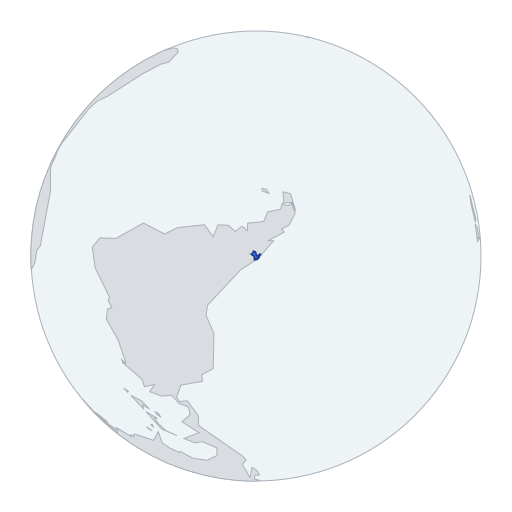 Bío-Bío highlighted on a globe, orthographic projection, rotated 217°
{"feature_id": "CHL-2702", "entity_name": "Bío-Bío", "entity_type": "Region", "adm_level": 1, "iso_a3": "CHL", "parent_name": "Chile", "parent_adm1": "", "projection": "orthographic", "projection_center": [-72.611, -37.461], "detail": "fine", "context": "on_globe", "style": "filled", "palette": "blue", "viewbox_px": 512, "rotation_deg": 217, "n_neighbors": 0, "source": "natural_earth", "source_scale": "10m", "svg_char_len": 5233}
<svg xmlns="http://www.w3.org/2000/svg" viewBox="0 0 512 512"><g transform="rotate(217 256 256)"><circle cx="256" cy="256" r="225" fill="#eef3f6" stroke="#a8b0b8"/><path d="M235.9,31.6L238.1,31.5L241.2,31.2L258.6,30.7L276.0,31.6L293.3,33.8L287.4,33.0L271.6,31.4L260.1,31.9L275.3,31.9L278.1,33.0L281.8,33.6L286.2,34.0L288.2,33.8L290.7,34.6L276.6,34.3L274.1,33.6L278.6,33.5L271.2,33.0L261.6,33.8L263.8,34.9L247.2,36.7L248.5,37.6L245.6,38.9L244.6,37.1L246.0,40.7L226.8,47.2L228.4,57.0L218.4,50.2L209.7,50.7L199.1,52.9L199.1,54.3L185.1,56.4L172.2,63.3L167.1,73.2L171.7,79.2L187.3,75.4L192.2,70.0L203.7,66.9L195.1,80.6L215.3,79.1L213.1,89.7L218.9,94.6L229.1,92.0L239.6,94.0L247.1,87.3L259.3,83.7L259.6,92.5L266.3,84.5L273.1,88.9L297.2,90.5L295.4,92.3L315.7,106.0L337.6,115.6L342.7,124.2L340.1,128.2L347.6,131.6L347.7,134.7L377.3,149.7L392.1,164.6L391.4,176.6L378.5,185.7L365.7,214.6L342.2,218.6L335.5,231.7L315.9,250.0L301.8,245.5L305.1,258.0L296.7,263.9L287.3,263.1L285.1,271.5L278.2,271.0L282.4,277.3L270.6,288.1L273.3,298.3L264.6,307.9L266.7,314.1L263.6,313.8L260.2,316.0L259.7,319.5L250.4,313.6L248.2,299.9L251.9,293.1L247.8,292.1L255.7,275.3L251.1,278.7L252.9,254.8L259.9,236.2L265.1,187.6L260.3,178.6L243.1,168.9L222.4,140.4L228.0,128.5L223.4,123.7L238.3,107.7L234.4,95.2L229.1,93.9L223.8,99.0L205.9,93.7L199.7,86.0L146.2,88.2L141.0,86.8L141.6,81.3L127.5,75.5L131.9,84.8L125.7,85.2L121.4,83.3L124.8,80.4L123.2,76.8L118.2,79.0L120.4,76.1L135.1,65.9L150.6,56.9L166.8,49.2L183.5,42.7L200.6,37.6L218.2,33.9L235.9,31.6ZM227.1,61.0L250.2,65.5L237.0,66.9L239.5,65.6L233.7,63.5L222.8,62.3L211.2,65.1L227.1,61.0ZM237.7,54.0L233.7,53.8L237.6,53.5L237.7,54.0ZM265.9,326.4L251.1,315.8L259.5,320.4L265.5,315.2L273.1,323.5L265.9,326.4ZM283.5,313.7L290.4,311.7L291.9,313.7L287.6,315.5L283.5,313.7ZM455.5,360.6L451.5,367.9L451.9,366.0L447.5,372.2L444.1,374.2L440.9,372.4L442.4,358.3L447.7,351.6L456.4,332.8L470.7,294.2L475.9,284.5L478.2,272.8L478.7,239.0L479.0,228.3L477.8,220.0L476.2,215.5L474.1,205.7L472.6,201.9L459.0,183.9L451.4,168.5L434.4,134.5L434.5,128.5L428.6,117.6L427.2,109.6L437.0,121.9L445.9,134.9L454.0,148.5L461.0,162.6L467.0,177.1L472.0,192.1L476.0,207.4L478.8,222.9L480.6,238.6L481.3,254.3L480.8,270.1L479.3,285.8L476.7,301.3L473.0,316.6L468.2,331.7L462.4,346.3L455.5,360.6ZM433.3,117.0L435.2,119.7L435.3,119.7L433.3,117.0ZM298.0,90.4L300.9,92.5L297.0,92.1L298.0,90.4ZM235.1,70.0L240.0,69.9L242.6,70.9L238.8,71.5L235.1,70.0ZM276.5,69.9L282.2,70.9L276.3,71.1L276.5,69.9ZM253.9,66.3L272.0,69.4L260.5,71.4L249.1,69.7L257.0,69.0L253.9,66.3ZM235.3,57.7L238.4,57.9L237.4,59.1L235.3,57.7ZM240.6,53.8L239.4,54.0L237.9,53.2L240.6,53.8ZM278.9,33.0L280.1,33.1L284.6,33.6L282.5,33.6L278.9,33.0ZM296.2,34.3L295.6,34.3L304.2,36.1L307.7,37.3L303.7,36.2L301.6,36.0L290.5,33.9L295.9,34.3L296.2,34.3ZM277.3,31.9L283.6,32.7L276.4,31.8L277.3,31.9ZM348.6,461.1L343.9,463.1L346.9,461.6L348.6,461.1ZM102.2,417.4L101.5,415.3L108.0,420.6L116.1,427.4L122.0,433.5L102.2,417.4ZM96.7,412.0L90.8,406.6L86.8,403.8L89.7,405.1L87.3,400.4L100.2,413.5L96.7,412.0Z" fill="#d9dde1" stroke="#a8b0b8" stroke-width="1"/><path d="M260.8,254.6L260.7,254.7L260.6,254.8L260.6,255.0L260.4,255.3L260.4,255.5L260.5,255.8L260.6,256.0L260.6,256.3L260.6,256.5L260.4,256.7L260.4,256.8L260.4,257.0L260.6,257.5L260.7,257.8L260.8,258.1L260.9,258.3L261.0,258.4L261.0,258.5L260.9,258.6L260.5,258.5L260.4,258.4L260.1,258.4L259.8,258.5L259.7,258.5L259.5,258.8L259.4,258.9L259.2,258.9L259.1,259.0L258.9,259.0L258.8,258.9L258.8,258.7L258.7,258.5L258.7,258.4L258.8,258.4L258.7,258.3L258.3,258.3L258.2,258.3L258.1,258.2L257.9,258.1L257.7,258.2L257.4,257.9L257.2,257.8L257.1,257.7L256.8,257.6L256.7,257.5L256.6,257.4L256.4,257.2L256.4,256.9L256.2,256.8L255.9,256.8L255.8,256.7L255.7,256.7L255.3,256.7L255.1,256.7L254.9,256.8L254.7,256.8L254.6,256.7L254.5,256.8L254.5,257.0L254.4,257.0L254.5,257.1L254.6,257.3L254.6,257.5L254.4,257.6L254.4,257.8L254.4,258.0L254.3,258.3L254.5,258.5L254.1,259.2L254.1,259.3L253.9,259.4L253.9,259.5L254.0,259.9L254.0,260.0L253.9,260.0L253.8,259.9L253.7,259.8L253.4,259.9L253.2,260.0L253.1,259.8L253.1,259.7L253.2,259.4L253.2,259.2L253.3,259.1L253.4,258.5L253.4,258.3L253.3,258.2L253.2,257.9L253.1,257.5L252.9,257.2L252.7,257.1L252.7,256.8L252.7,256.7L252.7,256.4L252.8,256.4L252.9,256.2L252.9,255.9L252.7,255.6L252.7,255.3L252.8,255.3L252.8,255.0L252.8,254.9L253.0,254.8L253.2,255.0L253.3,255.0L253.5,255.1L253.8,255.1L254.0,254.9L254.2,254.5L254.2,254.3L254.2,254.2L254.3,254.0L254.3,253.5L254.3,253.4L254.2,253.3L254.2,253.2L254.3,253.1L254.4,252.9L254.4,252.7L254.5,252.7L254.5,253.0L254.8,253.1L254.8,252.8L254.9,252.7L254.8,252.3L255.0,252.3L255.1,252.0L255.3,252.1L255.4,252.3L255.4,252.5L255.5,252.6L255.7,252.8L255.8,252.9L256.0,253.0L256.1,253.4L256.1,253.5L256.1,253.8L256.0,253.7L255.9,253.7L255.9,253.8L256.0,253.9L256.3,253.9L256.5,253.8L256.8,254.0L257.0,254.2L257.3,254.3L257.3,254.5L257.1,254.6L257.1,254.8L257.3,255.0L257.6,254.9L257.9,254.9L258.2,254.9L258.4,254.8L258.5,254.7L258.8,254.7L259.1,254.7L259.3,254.7L259.5,254.4L259.8,254.4L260.0,254.5L260.4,254.6L260.5,254.6L260.8,254.6ZM253.1,254.2L253.2,254.3L253.3,254.3L253.2,254.4L253.2,254.5L253.1,254.4L253.1,254.2L253.1,254.2Z" fill="#3b82f6" stroke="#1e3a8a" stroke-width="1.5"/></g></svg>